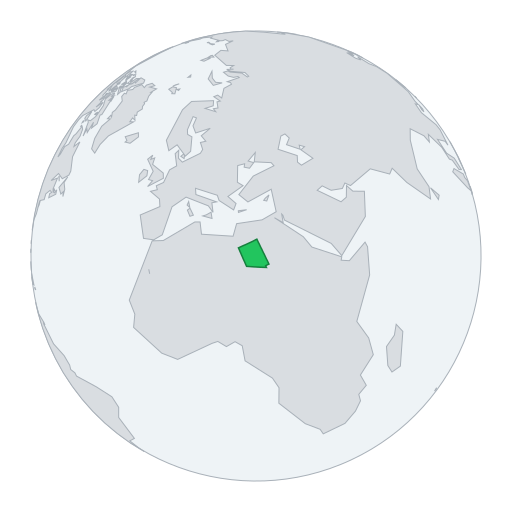 globe centered on Al Kufrah, rotated 335°
{"feature_id": "LBY-2965", "entity_name": "Al Kufrah", "entity_type": "Municipality", "adm_level": 1, "iso_a3": "LBY", "parent_name": "Libya", "parent_adm1": "", "projection": "orthographic", "projection_center": [22.731, 23.273], "detail": "fine", "context": "on_globe", "style": "filled", "palette": "green", "viewbox_px": 512, "rotation_deg": 335, "n_neighbors": 0, "source": "natural_earth", "source_scale": "10m", "svg_char_len": 10635}
<svg xmlns="http://www.w3.org/2000/svg" viewBox="0 0 512 512"><g transform="rotate(335 256 256)"><circle cx="256" cy="256" r="225" fill="#eef3f6" stroke="#a8b0b8"/><path d="M264.5,30.9L269.7,31.3L255.1,31.5L227.2,33.0L219.4,35.0L191.2,42.2L194.0,42.0L185.1,45.6L185.0,46.9L179.8,48.5L184.3,48.3L189.0,46.6L192.6,46.1L193.0,47.0L186.4,48.9L185.2,48.8L183.5,49.8L180.1,50.6L182.0,50.7L174.0,53.4L182.4,52.1L176.5,55.4L171.0,56.9L171.0,54.9L158.4,55.5L152.8,57.6L145.1,61.8L131.7,73.0L125.8,76.5L118.3,82.5L121.7,81.0L128.8,76.0L133.4,75.5L141.6,70.0L144.6,69.2L153.2,65.0L152.5,67.8L147.1,73.1L139.9,77.1L137.3,79.8L144.6,78.2L131.7,88.5L124.0,100.8L120.6,103.6L113.1,104.1L111.9,97.8L102.2,101.0L109.0,101.5L100.4,109.5L99.2,112.2L100.0,113.6L103.4,111.8L100.6,115.4L92.8,115.6L95.3,112.3L97.7,112.0L97.1,109.5L91.8,110.8L87.8,115.4L84.0,114.5L81.1,118.0L78.6,120.1L83.5,114.4L74.7,125.0L69.6,129.6L64.0,138.1L72.8,124.9L82.5,112.3L93.1,100.4L104.4,89.3L116.6,79.1L129.4,69.7L142.8,61.2L156.8,53.7L171.3,47.2L186.2,41.8L201.5,37.4L217.0,34.1L232.8,31.9L248.6,30.8L264.5,30.9ZM36.7,204.6L35.0,212.5L36.7,204.6ZM34.4,215.3L36.0,208.3L34.6,216.7L35.6,225.7L34.9,227.7L35.4,250.0L40.0,265.2L41.0,276.2L40.1,280.6L42.5,285.3L42.6,289.0L56.0,307.1L65.9,322.7L67.6,335.1L63.3,344.3L68.7,369.9L63.5,370.2L68.4,379.9L72.0,386.0L63.1,372.4L55.2,358.1L48.3,343.3L42.5,328.0L37.9,312.4L34.4,296.4L32.0,280.3L30.9,264.0L30.9,247.7L32.1,231.4L34.4,215.3ZM49.6,165.7L46.2,174.2L47.0,172.0L49.6,165.7ZM57.9,148.8L59.1,146.6L58.4,148.0L57.9,148.8ZM153.0,63.8L153.1,64.4L151.5,64.8L153.0,63.8ZM156.7,61.5L154.8,61.7L156.2,60.7L157.4,60.6L156.7,61.5ZM158.8,61.7L159.0,58.9L161.7,57.2L168.3,55.7L158.8,61.7ZM286.5,32.8L289.3,33.2L292.7,33.7L292.8,33.7L287.2,33.4L282.5,32.3L278.0,31.8L286.5,32.8ZM190.4,45.8L185.3,47.6L189.2,45.4L190.4,45.8ZM192.0,44.6L198.8,40.0L206.5,38.2L202.6,39.9L212.3,37.4L212.7,38.8L207.4,40.5L202.4,41.2L206.4,41.3L192.0,44.6ZM282.9,33.3L283.4,33.7L281.1,33.2L282.9,33.3ZM194.3,45.8L195.0,44.8L201.7,43.1L201.5,44.8L199.4,44.8L194.3,45.8ZM214.6,36.3L219.5,35.7L221.2,36.5L223.4,36.4L213.3,38.7L214.6,36.3ZM198.1,45.6L201.2,45.8L198.4,47.4L194.1,46.7L198.1,45.6ZM203.5,42.1L206.6,41.4L204.8,42.3L203.5,42.1ZM190.3,54.2L191.0,52.6L194.5,51.5L190.3,54.2ZM202.6,45.8L203.6,45.2L205.0,44.8L206.5,45.3L202.6,45.8ZM215.2,39.3L214.9,40.0L219.4,38.4L220.8,39.3L213.9,40.8L217.5,40.5L217.9,40.8L211.8,41.8L215.2,39.3ZM212.4,44.5L204.1,47.3L202.0,50.2L198.8,51.1L202.7,46.4L212.4,44.5ZM212.6,42.8L211.8,44.0L208.2,44.3L206.5,43.7L212.6,42.8ZM224.3,39.5L223.9,37.7L225.4,37.5L224.3,39.5ZM212.5,45.2L214.5,44.6L212.8,45.4L212.5,45.2ZM221.5,41.0L221.1,40.4L222.9,40.1L221.5,41.0ZM218.9,44.0L216.2,44.8L215.0,44.3L218.9,44.0ZM220.6,42.6L223.1,42.4L216.2,43.7L220.2,42.3L220.6,42.6ZM223.2,40.9L224.1,40.6L223.1,41.3L223.2,40.9ZM225.0,45.7L216.5,47.4L213.8,46.2L222.5,44.6L225.0,45.7ZM294.0,34.0L297.3,34.5L316.4,39.0L334.9,45.0L320.3,40.1L331.0,43.6L329.2,43.1L333.5,44.7L341.0,47.5L341.4,47.6L356.9,56.0L376.3,67.5L373.3,64.4L377.1,66.3L396.5,79.9L423.4,106.2L428.8,111.6L432.9,116.5L436.6,121.6L430.7,114.4L429.4,113.7L425.5,109.3L429.5,116.0L424.1,110.0L429.8,118.8L433.8,122.6L432.3,118.3L439.6,129.4L445.2,135.2L452.1,145.9L463.4,171.3L465.6,183.3L467.1,187.4L464.7,185.5L466.5,196.1L474.7,213.1L476.2,219.5L476.8,236.7L475.9,232.0L469.8,227.0L472.2,243.3L477.0,251.1L478.7,264.5L476.6,263.5L474.4,252.1L472.2,249.9L470.3,236.0L463.6,218.6L461.3,226.0L459.0,218.0L449.5,205.8L444.8,216.2L438.9,245.2L442.1,266.3L438.3,278.1L423.8,253.1L416.5,234.0L411.8,238.2L396.4,225.3L371.4,232.1L367.4,227.4L362.8,231.3L351.9,228.2L345.6,220.4L339.2,222.3L356.0,242.8L362.7,240.9L367.8,230.4L371.2,238.2L381.6,243.1L371.8,266.4L333.9,291.9L329.5,276.4L297.0,235.5L297.6,230.4L297.4,229.8L297.0,228.8L294.7,237.3L288.9,229.1L307.0,258.5L310.4,271.5L333.4,293.0L331.4,295.8L338.6,299.7L360.7,289.5L361.0,294.8L351.0,321.2L319.7,357.9L323.5,377.9L320.6,395.0L300.3,408.0L301.3,419.8L290.7,424.8L289.5,431.4L280.6,438.6L265.9,445.3L241.8,445.6L240.9,440.2L229.8,428.8L214.5,399.1L221.2,385.1L219.3,373.6L201.8,346.4L205.6,331.5L200.8,324.8L190.9,325.6L185.3,317.3L179.3,316.6L141.3,316.6L129.5,304.2L114.9,269.0L121.6,257.5L122.5,242.4L168.3,198.4L178.5,202.8L215.0,199.3L219.7,201.5L215.8,213.2L243.6,228.4L252.1,218.5L276.8,225.8L293.0,224.4L298.0,201.9L271.5,203.6L266.4,193.1L287.3,182.4L310.4,181.8L309.2,177.8L294.2,169.9L299.1,161.9L289.0,166.6L293.4,170.4L287.2,173.7L282.8,170.5L284.7,167.6L277.6,166.3L270.3,181.3L274.0,186.8L255.7,190.2L260.1,200.0L255.2,204.8L246.0,190.1L246.6,184.6L229.8,169.1L227.5,174.9L243.2,190.3L238.5,189.1L235.5,198.3L234.0,190.4L217.5,173.1L200.7,175.9L180.0,197.2L170.1,198.1L161.5,192.5L168.4,169.9L189.8,170.6L192.6,163.6L187.7,152.8L194.6,154.2L195.3,150.2L203.3,150.3L214.1,141.4L222.2,140.8L226.0,129.1L230.7,127.5L227.1,134.7L228.9,139.8L249.0,139.4L252.7,136.9L253.6,129.6L259.0,130.8L257.2,123.9L268.5,120.9L253.3,119.0L253.9,111.4L260.4,105.7L257.9,103.1L247.2,112.6L245.4,116.9L248.3,120.9L241.0,133.5L234.2,135.6L231.5,121.9L221.5,123.7L223.7,113.2L251.2,92.4L262.9,88.7L283.2,97.3L280.7,101.8L272.2,100.7L280.5,108.2L279.6,104.5L284.1,105.8L285.8,99.8L289.1,100.5L285.1,93.8L289.3,94.0L291.7,98.3L297.8,90.5L306.4,90.0L306.2,88.0L303.6,85.9L316.2,87.2L315.5,85.7L311.1,84.6L306.8,81.1L304.2,75.7L308.7,76.4L310.3,78.4L320.4,84.2L323.8,90.1L325.4,90.0L323.5,85.0L311.2,77.9L308.3,74.5L314.6,77.2L312.1,75.9L312.1,74.5L316.3,73.9L309.7,70.8L303.5,56.6L311.1,54.8L317.3,58.3L317.8,51.3L326.3,51.3L322.2,50.1L319.7,46.9L317.0,46.8L314.8,46.0L307.0,39.4L308.7,38.9L300.8,36.1L298.7,35.7L297.0,35.8L287.2,33.4L292.8,33.7L294.0,34.0ZM153.2,222.7L152.1,227.2L153.2,222.7ZM335.6,192.9L348.9,191.5L341.6,178.7L346.2,177.4L342.0,173.8L341.1,177.9L330.7,168.0L336.0,163.1L333.8,157.6L329.2,157.8L321.1,168.6L335.8,182.4L333.3,188.5L335.6,192.9ZM35.7,225.9L35.6,229.3L35.2,227.9L35.7,225.9ZM42.4,190.5L42.1,193.7L41.7,192.4L42.4,190.5ZM45.3,176.9L42.5,188.4L41.8,187.3L43.8,180.3L43.4,182.3L45.3,176.9ZM55.0,154.3L54.0,156.2L53.2,157.9L55.0,154.3ZM57.4,149.9L57.5,149.6L58.7,147.4L57.4,149.9ZM100.9,109.5L101.4,109.6L101.4,111.6L99.9,112.0L100.9,109.5ZM110.9,114.7L106.1,120.5L108.4,116.3L105.3,117.4L106.4,110.6L118.9,104.7L113.1,108.3L110.9,114.7ZM111.3,100.7L109.2,105.1L111.0,100.5L111.3,100.7ZM191.0,130.1L193.9,132.8L191.0,137.2L180.8,139.6L184.8,133.1L191.0,130.1ZM198.6,135.8L198.7,122.5L205.1,121.0L201.5,124.0L205.7,124.3L201.0,129.3L207.0,141.6L204.9,146.4L187.1,147.2L194.1,144.0L190.9,141.3L198.6,135.8ZM187.8,96.8L187.9,92.6L201.5,94.6L199.8,98.4L189.5,100.6L185.5,97.4L187.8,96.8ZM170.4,60.2L169.6,59.5L171.4,58.8L173.6,58.8L170.4,60.2ZM190.3,53.5L176.0,62.7L174.3,62.3L167.9,69.0L161.0,70.6L165.3,66.1L155.2,72.8L156.4,69.4L150.0,74.2L160.5,63.9L161.1,61.6L163.1,63.4L169.4,61.9L172.3,60.5L181.2,55.2L185.7,50.1L192.7,48.3L196.5,48.4L196.4,49.4L191.9,50.1L195.1,50.9L188.5,52.7L190.3,53.5ZM236.3,58.9L231.1,58.0L236.5,62.5L229.9,63.2L230.9,63.7L226.3,65.8L222.6,69.4L219.5,69.4L219.4,70.9L216.3,72.5L215.1,74.7L209.2,75.4L207.2,78.2L205.6,77.1L203.7,81.8L202.5,78.7L198.4,81.0L201.8,82.7L173.0,84.8L161.9,89.0L153.3,94.6L152.3,89.4L159.6,81.2L171.0,73.2L181.8,70.2L179.4,68.8L183.9,67.1L183.9,68.9L186.5,65.1L190.2,64.3L200.3,59.0L201.7,54.7L205.5,52.9L206.8,54.2L209.6,51.6L214.6,53.0L217.3,51.9L225.0,52.5L225.9,56.2L228.9,54.8L234.9,55.6L236.3,58.9ZM227.1,45.9L229.6,49.5L227.2,51.8L214.9,49.9L211.6,50.7L203.6,50.2L207.2,46.9L209.2,47.3L211.9,47.0L209.7,48.1L213.5,47.0L216.3,47.6L220.1,47.0L219.9,48.2L227.1,45.9ZM224.7,197.2L228.3,197.7L233.8,197.3L232.0,203.4L224.7,197.2ZM213.2,185.4L216.4,184.8L216.5,192.5L212.9,192.1L213.2,185.4ZM218.0,178.2L216.5,184.1L215.1,180.7L218.0,178.2ZM230.0,133.9L233.4,133.0L233.8,134.7L232.0,137.3L230.0,133.9ZM251.0,74.7L248.3,73.3L249.3,72.5L247.4,68.0L252.1,67.5L255.1,69.9L251.0,74.7ZM293.6,206.1L289.0,210.7L286.5,208.8L288.6,207.6L293.6,206.1ZM259.1,207.5L267.1,210.1L258.5,209.1L259.1,207.5ZM255.8,73.3L254.5,71.5L257.6,72.4L255.8,73.3ZM255.5,66.9L259.2,67.5L252.5,66.9L255.5,66.9ZM363.5,452.0L363.5,452.7L360.7,453.9L363.5,452.0ZM357.2,386.4L340.3,416.8L330.2,418.6L329.2,411.0L336.0,393.2L348.0,386.2L354.2,377.1L357.2,386.4ZM478.8,289.5L478.5,290.8L477.8,292.0L478.6,287.6L479.6,283.2L478.8,289.5ZM478.5,287.8L476.6,283.6L469.9,262.8L472.4,260.4L478.6,269.4L478.3,272.9L479.5,277.3L478.5,287.8ZM480.8,269.9L480.8,270.5L480.8,260.4L480.8,253.5L481.1,251.7L480.2,234.4L481.2,252.2L480.8,269.9ZM443.0,267.9L447.7,278.3L445.2,281.9L443.0,267.9ZM469.2,193.2L469.1,196.3L468.0,193.4L467.5,187.8L469.2,193.2ZM457.3,155.3L461.4,163.8L462.9,167.1L460.8,162.8L457.3,155.3ZM294.2,69.9L291.6,76.3L292.8,81.5L298.5,84.8L289.4,83.3L287.5,75.3L294.2,69.9ZM301.9,57.9L296.9,55.7L299.7,55.3L301.3,55.7L301.9,57.9ZM298.4,57.5L291.2,57.5L288.8,55.4L295.0,55.8L298.4,57.5ZM273.5,64.4L272.4,66.2L269.9,65.3L273.5,64.4ZM468.3,180.7L467.6,178.6L467.4,178.2L468.3,180.7ZM386.3,72.2L373.8,64.3L369.8,61.9L378.4,66.8L386.3,72.2ZM285.7,33.9L283.6,33.7L284.6,33.6L285.7,33.9ZM313.4,46.1L310.6,45.1L311.8,44.7L313.4,46.1ZM303.6,42.3L304.1,43.4L301.7,41.9L303.6,42.3ZM305.7,46.2L303.4,43.7L308.3,46.6L305.7,46.2Z" fill="#d9dde1" stroke="#a8b0b8" stroke-width="1"/><path d="M260.6,270.8L260.2,270.6L259.7,270.3L259.3,270.1L258.8,269.9L258.3,269.6L257.9,269.4L257.4,269.2L257.0,268.9L256.5,268.7L256.1,268.4L255.6,268.2L255.1,268.0L254.7,267.7L254.2,267.5L253.8,267.2L253.3,267.0L252.9,266.8L252.4,266.5L252.0,266.3L251.5,266.0L251.1,265.8L250.6,265.5L250.2,265.3L249.7,265.1L249.3,264.8L248.8,264.6L248.4,264.3L247.9,264.1L247.5,263.8L247.0,263.6L246.6,263.3L246.1,263.1L245.7,262.8L245.2,262.6L244.8,262.3L244.3,262.1L243.9,261.8L243.4,261.6L243.1,261.4L243.1,261.1L243.1,260.9L243.1,260.7L243.1,258.8L243.2,256.8L243.2,254.9L243.2,252.9L243.3,251.0L243.3,249.0L243.4,247.1L243.4,245.1L243.5,243.1L243.5,241.2L244.7,241.2L245.9,241.2L247.4,241.2L249.0,241.2L251.1,241.3L253.2,241.3L255.2,241.3L257.3,241.3L259.3,241.3L261.4,241.2L262.7,241.1L263.9,241.1L263.9,241.8L263.9,242.6L263.9,243.8L263.9,244.9L264.0,246.0L264.0,247.2L264.0,248.3L264.0,249.5L264.0,250.6L264.1,251.8L264.1,252.9L264.1,254.1L264.1,255.2L264.1,256.4L264.2,257.5L264.2,258.7L264.2,259.8L264.2,261.0L264.2,261.4L264.2,261.9L264.2,262.4L264.2,262.9L264.2,263.4L264.2,263.9L264.3,264.4L264.3,264.9L264.3,265.4L264.3,265.9L264.3,266.3L264.3,266.8L264.3,267.2L264.3,267.6L264.3,268.0L264.3,268.3L264.3,268.8L263.9,268.8L263.4,268.8L262.9,268.8L262.4,268.8L261.9,268.8L261.5,268.9L261.2,268.9L260.6,268.9L260.6,269.3L260.6,269.8L260.6,270.3L260.6,270.8Z" fill="#22c55e" stroke="#15803d" stroke-width="1.5"/></g></svg>